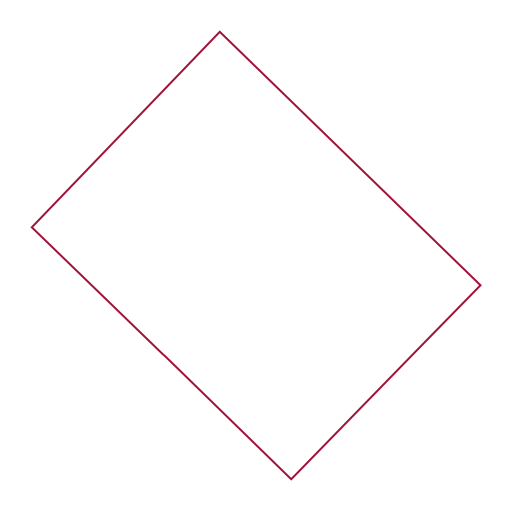 Adams, Iowa, United States of America (orthographic projection), rotated 224°
{"feature_id": "52423323B85396857356380", "entity_name": "Adams", "entity_type": "district", "adm_level": 2, "iso_a3": "USA", "parent_name": "United States of America", "parent_adm1": "Iowa", "projection": "orthographic", "projection_center": [-94.7, 41.029], "detail": "fine", "context": "isolated", "style": "outline", "palette": "rose", "viewbox_px": 512, "rotation_deg": 224, "n_neighbors": 0, "source": "geoboundaries", "source_scale": "gbopen_adm2", "svg_char_len": 259}
<svg xmlns="http://www.w3.org/2000/svg" viewBox="0 0 512 512"><g transform="rotate(224 256 256)"><path d="M437.2,120.9L255.2,120.6L251.8,120.8L75.6,119.9L74.8,301.0L74.2,390.9L437.8,392.1L437.2,120.9Z" fill="none" stroke="#9f1239" stroke-width="2"/></g></svg>